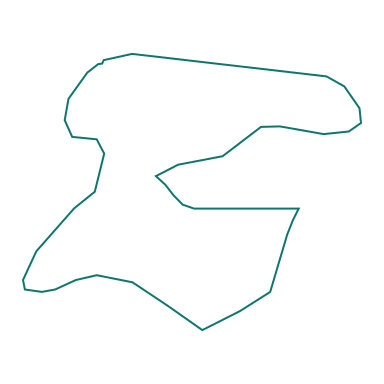 the border of Medway
{"feature_id": "GBR-2678", "entity_name": "Medway", "entity_type": "Unitary Authority", "adm_level": 1, "iso_a3": "GBR", "parent_name": "United Kingdom", "parent_adm1": "", "projection": "equal_earth", "projection_center": [0.566, 51.402], "detail": "fine", "context": "isolated", "style": "outline", "palette": "teal", "viewbox_px": 384, "rotation_deg": 0, "n_neighbors": 0, "source": "natural_earth", "source_scale": "10m", "svg_char_len": 619}
<svg xmlns="http://www.w3.org/2000/svg" viewBox="0 0 384 384"><path d="M103.8,60.1L132.0,53.9L326.5,76.4L344.3,86.4L359.5,108.3L361.0,123.0L348.8,131.5L323.6,134.1L279.9,126.4L261.0,126.9L222.6,156.2L178.1,164.7L155.9,176.1L165.3,184.7L173.6,195.4L182.6,204.6L194.1,208.6L298.7,208.6L293.0,219.9L287.2,234.6L270.2,291.9L240.1,311.0L202.3,330.1L168.3,306.2L132.5,282.3L96.7,275.2L75.9,280.0L55.1,289.5L41.9,291.9L24.9,289.5L23.0,280.0L36.3,251.3L74.1,208.4L94.8,191.7L104.2,153.6L96.7,139.3L72.2,136.9L64.7,120.2L68.5,98.8L87.3,72.6L98.2,64.1L102.1,63.6L103.8,60.1Z" fill="none" stroke="#0f766e" stroke-width="2"/></svg>